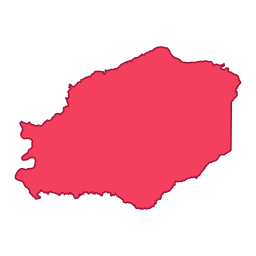 Tucumã, Pará, Brazil (Mercator projection)
{"feature_id": "56859067B53975647887344", "entity_name": "Tucumã", "entity_type": "district", "adm_level": 2, "iso_a3": "BRA", "parent_name": "Brazil", "parent_adm1": "Pará", "projection": "mercator", "projection_center": [-51.437, -6.813], "detail": "fine", "context": "isolated", "style": "filled", "palette": "rose", "viewbox_px": 256, "rotation_deg": 0, "n_neighbors": 0, "source": "geoboundaries", "source_scale": "gbopen_adm2", "svg_char_len": 5713}
<svg xmlns="http://www.w3.org/2000/svg" viewBox="0 0 256 256"><path d="M223.9,63.8L222.5,64.8L221.3,65.2L219.2,65.3L216.9,64.2L215.8,64.3L215.1,64.9L213.9,65.5L213.2,64.5L212.6,63.4L211.9,62.4L211.1,61.8L210.0,61.5L208.6,61.8L206.3,61.0L204.9,61.0L202.8,61.6L200.3,61.4L199.1,61.5L197.3,61.9L196.0,62.5L190.8,62.4L189.8,62.8L187.3,62.7L186.1,62.8L184.1,62.4L183.1,62.4L181.2,61.4L179.4,59.5L174.3,57.3L173.0,56.6L171.1,54.4L170.2,53.3L169.9,52.3L169.7,51.3L169.3,50.3L168.4,49.6L167.8,48.6L166.8,47.9L165.6,48.0L163.5,47.4L161.2,46.9L159.7,47.3L158.7,47.2L157.5,47.4L156.4,47.9L154.3,48.7L154.1,49.7L153.1,50.0L152.1,50.8L150.1,51.0L149.4,51.9L147.3,52.5L145.3,53.7L144.4,54.4L144.0,55.3L142.9,55.0L142.1,54.2L141.3,54.9L140.7,55.9L139.5,56.1L138.3,57.4L137.3,57.7L134.8,57.9L134.2,58.7L133.2,59.1L132.2,59.9L131.9,61.0L130.9,61.7L130.2,60.6L128.1,61.5L127.1,61.6L126.7,62.7L125.8,62.2L124.9,62.8L123.7,63.2L122.9,63.8L121.7,64.2L120.9,64.8L119.8,66.3L118.0,67.7L117.3,68.5L115.2,68.7L113.2,69.7L112.1,69.4L110.8,69.5L109.9,70.0L107.5,70.5L105.4,70.3L105.5,71.5L105.4,73.0L104.8,74.0L103.5,73.6L103.6,72.0L98.7,71.3L97.6,71.5L95.7,71.4L94.6,72.0L94.0,73.2L93.3,73.9L92.3,73.9L90.5,76.5L89.5,76.6L88.1,76.5L86.6,77.8L85.6,77.4L84.9,78.2L84.1,78.8L83.1,79.1L82.2,79.7L81.1,79.9L80.7,82.2L79.6,81.9L77.5,82.7L77.1,83.9L74.7,86.0L74.0,86.8L72.8,86.7L71.8,85.9L71.0,85.0L70.0,84.3L69.3,85.1L69.6,86.4L69.1,87.4L70.1,87.7L70.6,88.6L69.9,89.5L69.1,90.1L68.8,91.1L67.9,92.0L68.7,93.0L68.7,94.2L68.5,95.1L68.9,96.3L68.9,97.4L67.8,98.3L66.7,97.8L65.7,98.3L66.7,99.4L67.4,102.6L68.1,103.5L68.4,104.8L68.3,105.9L67.1,106.5L66.1,106.3L65.1,107.2L63.8,107.6L63.4,109.1L63.8,110.2L63.4,111.3L62.0,113.1L61.0,113.7L60.2,114.7L59.2,114.0L58.3,113.6L57.3,113.6L55.9,113.9L53.4,117.0L52.3,117.4L52.2,118.7L51.5,119.4L49.8,120.6L48.6,120.6L47.4,120.1L46.4,120.8L45.9,121.8L44.9,121.9L44.4,122.8L43.4,123.6L42.8,124.8L41.9,125.8L40.7,125.7L38.1,125.3L37.1,125.5L36.1,126.0L35.2,125.7L34.0,125.1L32.9,124.7L31.6,124.7L30.7,124.1L30.1,123.0L29.2,122.2L28.4,123.0L27.3,123.8L26.0,123.7L24.9,123.1L22.5,122.2L21.4,121.5L20.0,123.1L21.1,125.7L22.1,127.3L22.5,128.2L22.6,130.0L22.2,131.1L21.6,132.0L21.1,133.0L20.9,134.5L21.3,135.9L21.7,136.9L23.6,138.6L24.8,138.7L27.4,138.3L28.4,138.4L29.5,138.6L31.1,139.4L32.0,140.2L32.4,141.1L32.3,142.1L32.0,143.6L32.3,146.8L31.5,148.1L29.3,149.6L28.4,150.5L28.2,151.9L27.7,152.7L24.3,155.0L23.1,156.0L21.9,157.3L21.8,158.3L22.3,159.6L23.4,160.1L25.7,159.9L26.9,159.7L29.0,158.3L30.4,157.7L32.0,157.4L33.6,157.6L34.9,158.4L35.4,159.8L35.5,161.9L35.2,163.5L34.3,166.6L33.7,167.6L32.6,168.3L30.3,168.7L29.0,168.6L27.9,168.7L26.2,169.8L23.7,169.0L22.1,168.6L21.0,168.8L19.6,169.5L18.3,170.8L16.7,173.1L15.7,175.3L15.4,177.0L15.7,178.6L16.9,179.4L19.8,180.6L20.9,180.8L22.1,180.9L23.7,182.9L24.1,184.3L25.5,186.6L26.6,187.5L27.6,187.9L28.3,188.7L29.5,190.4L29.8,191.5L29.6,192.6L32.3,195.3L33.0,196.3L34.1,197.0L35.0,197.8L35.8,199.0L37.0,198.9L38.0,198.5L39.0,198.4L39.9,198.1L40.4,197.1L39.2,196.5L38.4,195.8L37.1,194.9L37.4,194.0L39.4,192.4L40.2,191.5L40.8,190.2L44.6,192.7L46.8,192.4L47.3,193.7L48.3,193.9L48.8,192.9L49.9,191.5L52.5,192.5L55.0,193.0L57.0,193.9L58.1,194.2L58.8,195.1L60.1,194.7L60.9,193.8L61.6,192.7L62.8,193.0L64.7,194.5L65.4,193.8L66.5,193.8L67.6,193.4L68.6,194.2L69.5,192.9L70.7,192.7L70.6,193.9L72.7,194.1L73.3,195.1L74.4,197.3L75.2,198.4L76.1,198.4L77.4,198.1L78.3,197.5L78.8,196.6L79.7,195.8L79.0,194.9L80.1,194.2L80.9,194.9L81.6,194.1L83.0,194.2L83.7,193.3L84.0,192.2L85.1,192.1L86.1,192.3L87.2,192.2L87.8,193.2L88.6,193.9L89.6,193.0L90.9,192.6L92.1,192.0L92.5,193.1L94.8,194.0L95.1,192.7L96.3,192.5L97.2,193.3L98.5,194.0L99.6,194.1L100.4,195.0L101.3,195.7L102.4,195.2L102.5,194.1L102.8,193.1L105.8,191.5L106.9,192.1L107.7,192.7L109.7,192.5L110.8,193.0L110.6,194.0L110.7,195.2L111.5,195.8L113.3,194.7L114.2,195.2L115.5,193.7L116.5,195.1L118.1,196.7L119.3,197.2L121.2,198.5L122.0,199.2L123.0,199.6L123.4,201.8L124.6,202.6L126.3,202.8L127.4,202.2L128.4,202.3L129.4,203.0L130.5,202.8L131.5,203.0L132.0,204.0L133.0,204.4L133.7,205.4L134.9,205.2L135.0,206.4L135.4,207.5L136.3,208.3L137.4,208.5L138.7,208.1L139.7,208.2L140.5,209.1L141.4,208.5L142.4,209.0L143.6,208.8L144.7,208.1L146.8,209.0L148.0,208.3L149.3,208.4L151.0,207.7L151.6,206.7L153.8,206.3L154.0,205.2L154.8,204.5L154.8,203.4L155.9,203.5L156.3,200.6L157.8,199.8L158.8,198.7L160.1,199.3L160.9,198.4L161.0,195.9L161.6,195.0L162.7,194.2L163.4,192.8L164.2,192.0L165.8,192.2L167.9,191.5L169.4,190.8L171.0,189.2L171.4,187.9L172.6,187.6L172.5,186.5L173.3,185.6L174.4,185.3L175.1,184.4L174.6,183.2L175.2,182.3L175.4,181.3L176.6,181.8L177.5,181.4L178.6,181.7L179.5,181.3L182.1,181.4L183.1,180.4L184.2,180.6L187.8,178.2L189.3,177.9L190.4,177.9L191.2,177.1L192.4,177.4L193.7,177.4L194.8,176.6L195.6,177.6L196.5,178.3L197.1,177.4L197.1,176.4L198.0,176.0L199.2,175.6L199.9,174.6L200.4,173.6L201.7,171.5L203.1,170.3L203.8,169.4L204.2,168.5L205.0,167.9L204.8,166.8L206.0,166.2L206.5,165.4L208.3,163.6L208.8,162.6L211.8,162.3L212.5,161.4L213.5,160.9L214.5,161.0L215.5,160.6L216.5,159.9L217.5,159.0L220.0,155.1L222.2,154.7L224.7,154.6L225.2,153.8L229.7,151.3L230.9,150.3L231.3,105.2L231.4,101.7L232.3,101.0L233.7,99.0L234.6,98.0L235.6,97.3L236.5,96.3L237.0,95.3L237.2,94.0L236.7,93.0L236.9,91.7L235.4,91.4L236.1,89.4L236.8,88.6L237.2,87.4L238.6,85.1L240.0,83.5L240.6,82.6L240.2,81.5L239.5,80.7L238.9,79.3L238.5,77.2L237.8,75.9L236.5,74.9L235.3,74.6L234.0,74.6L233.5,73.8L232.5,73.3L230.9,72.1L229.6,72.1L228.3,71.5L228.3,70.4L228.5,69.1L227.9,68.1L226.8,68.0L225.7,68.4L225.1,69.2L224.1,69.7L221.8,69.2L221.0,68.7L221.0,67.5L221.8,66.6L222.9,66.4L223.8,66.0L224.3,65.1L223.9,63.8Z" fill="#f43f5e" stroke="#9f1239" stroke-width="1.5"/></svg>